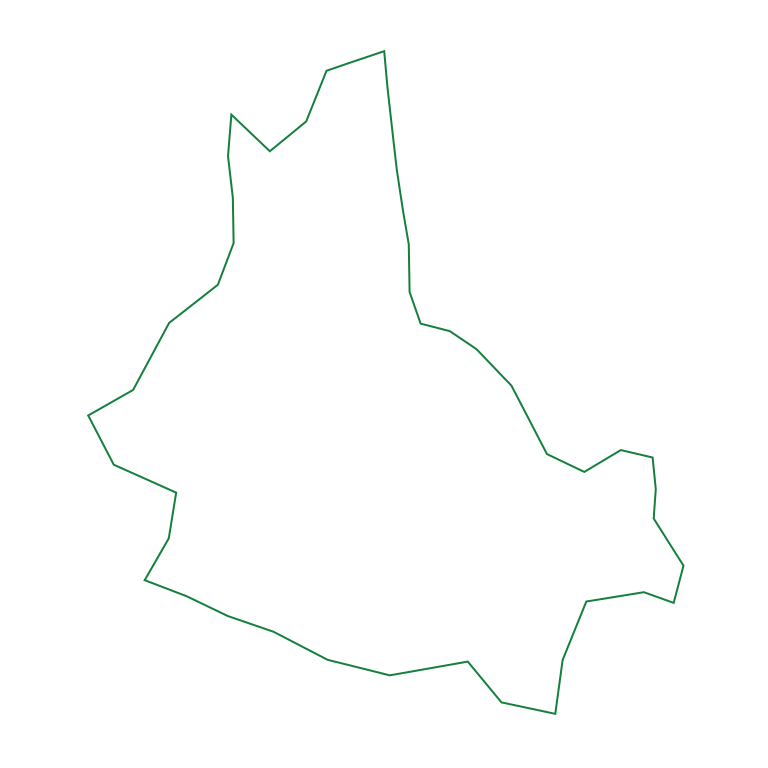 the district of Potami, Nicosia, Cyprus, rotated 179°
{"feature_id": "46923920B72029676304509", "entity_name": "Potami", "entity_type": "district", "adm_level": 2, "iso_a3": "CYP", "parent_name": "Cyprus", "parent_adm1": "Nicosia", "projection": "orthographic", "projection_center": [33.032, 35.095], "detail": "fine", "context": "isolated", "style": "outline", "palette": "green", "viewbox_px": 768, "rotation_deg": 179, "n_neighbors": 0, "source": "geoboundaries", "source_scale": "gbopen_adm2", "svg_char_len": 737}
<svg xmlns="http://www.w3.org/2000/svg" viewBox="0 0 768 768"><g transform="rotate(179 384 384)"><path d="M680.3,357.7L655.6,308.0L593.7,279.0L601.9,233.4L626.7,192.0L585.4,175.4L544.2,154.7L498.8,138.2L445.2,109.2L383.4,92.6L305.1,105.0L272.1,63.6L218.5,51.2L210.2,105.0L185.5,163.0L127.8,171.3L98.2,160.1L87.7,197.1L116.7,244.8L114.1,274.0L116.7,305.8L148.4,313.8L185.3,292.6L222.3,311.1L240.7,348.2L256.6,380.1L290.9,417.2L317.3,435.7L346.3,443.7L356.8,475.5L356.8,523.2L362.1,557.7L367.4,597.5L370.0,624.0L375.3,679.7L378.0,716.8L413.2,705.6L436.0,698.2L457.2,647.9L494.1,618.7L531.9,656.0L536.0,614.5L531.9,573.1L531.9,527.5L548.4,486.1L597.8,448.8L634.9,382.5L680.3,357.7Z" fill="none" stroke="#15803d" stroke-width="2"/></g></svg>